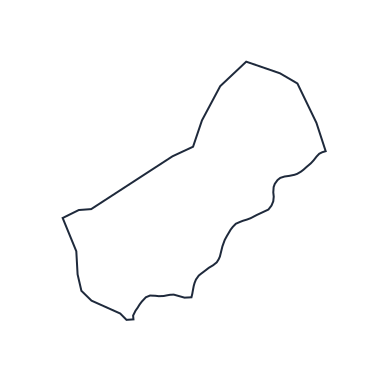 outline of Santa Cruz La Laguna, Sololá, Guatemala, rotated 335°
{"feature_id": "79465075B11038489211128", "entity_name": "Santa Cruz La Laguna", "entity_type": "district", "adm_level": 2, "iso_a3": "GTM", "parent_name": "Guatemala", "parent_adm1": "Sololá", "projection": "orthographic", "projection_center": [-91.223, 14.744], "detail": "fine", "context": "isolated", "style": "outline", "palette": "slate", "viewbox_px": 384, "rotation_deg": 335, "n_neighbors": 0, "source": "geoboundaries", "source_scale": "gbopen_adm2", "svg_char_len": 1123}
<svg xmlns="http://www.w3.org/2000/svg" viewBox="0 0 384 384"><g transform="rotate(335 192 192)"><path d="M330.4,211.5L334.0,181.9L333.4,138.2L321.9,121.6L296.2,96.8L262.3,108.0L231.3,131.3L212.1,151.4L189.4,151.4L93.4,164.9L81.8,160.5L63.8,160.9L62.1,196.8L53.5,218.3L50.0,234.8L55.0,248.0L75.6,271.8L78.6,280.2L85.1,282.7L86.4,279.1L90.8,275.6L93.5,274.1L97.0,271.8L100.2,270.1L105.7,267.9L110.2,268.1L115.0,270.6L117.9,272.4L122.4,274.3L125.7,275.1L128.7,275.9L132.1,277.3L140.6,284.6L147.0,287.2L149.3,284.3L150.9,282.0L154.0,277.7L156.0,275.4L158.6,273.0L162.8,270.6L165.6,269.9L168.5,269.3L175.3,267.8L180.2,267.3L184.7,266.2L187.8,264.2L190.0,262.3L196.6,254.1L201.4,249.3L204.9,246.7L211.2,242.4L214.3,240.8L218.3,239.3L222.7,239.4L226.0,239.6L230.1,240.2L234.0,240.5L241.0,240.2L247.3,240.2L253.8,240.2L258.3,237.9L261.7,234.8L264.1,230.8L265.5,226.7L268.1,222.0L270.5,219.6L274.6,217.3L278.0,216.5L282.5,217.1L287.0,218.5L292.1,219.7L294.9,220.0L299.3,219.6L302.5,218.9L306.1,217.8L311.9,216.2L315.6,214.7L319.9,212.5L323.5,211.1L326.9,211.0L330.4,211.5Z" fill="none" stroke="#1e293b" stroke-width="2"/></g></svg>